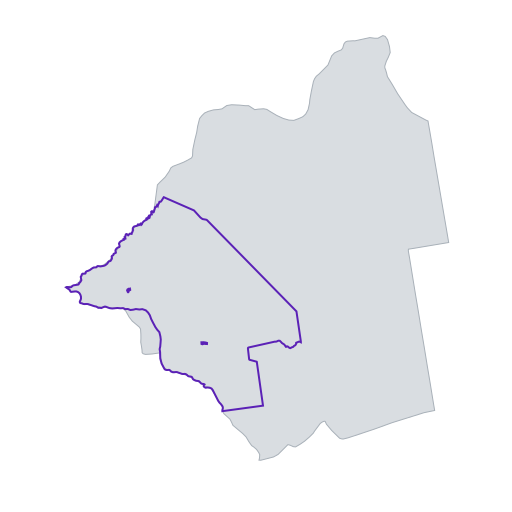 Central on a map of Botswana (Albers equal-area conic projection), rotated 173°
{"feature_id": "BWA-2630", "entity_name": "Central", "entity_type": "District", "adm_level": 1, "iso_a3": "BWA", "parent_name": "Botswana", "parent_adm1": "", "projection": "albers", "projection_center": [27.183, -21.474], "detail": "fine", "context": "in_parent", "style": "outline", "palette": "violet", "viewbox_px": 512, "rotation_deg": 173, "n_neighbors": 0, "source": "natural_earth", "source_scale": "10m", "svg_char_len": 7912}
<svg xmlns="http://www.w3.org/2000/svg" viewBox="0 0 512 512"><g transform="rotate(173 256 256)"><path d="M277.9,53.0L277.1,55.2L276.5,58.4L277.3,60.7L279.0,63.9L281.5,66.7L283.4,68.3L285.6,72.4L287.9,77.6L290.9,81.5L299.5,90.7L300.5,93.9L301.7,97.2L307.1,103.4L307.9,105.5L307.6,109.8L313.2,122.5L316.9,130.0L319.9,131.3L329.7,139.2L338.3,145.6L348.2,149.9L355.5,152.7L359.1,154.8L360.9,156.8L362.4,160.6L363.1,167.3L363.4,171.6L371.2,171.4L377.7,171.8L379.9,172.7L380.8,173.9L380.6,176.7L380.7,181.0L380.9,184.4L380.3,188.0L379.8,192.3L379.5,197.6L380.5,199.7L386.7,206.4L389.3,210.7L392.0,217.3L393.6,219.4L394.9,220.2L400.5,221.0L414.9,223.9L423.8,226.4L430.9,229.1L433.8,229.8L435.2,230.5L435.7,231.2L434.7,236.9L435.0,238.7L435.8,240.4L437.0,241.7L438.4,242.5L443.8,243.2L446.9,246.7L448.9,248.3L439.3,249.1L434.5,251.9L431.6,257.0L427.2,260.8L421.3,263.2L415.0,264.8L408.4,265.6L401.4,270.0L393.9,278.0L390.0,283.0L389.9,285.1L388.2,286.8L385.0,288.3L383.2,290.1L382.8,292.3L381.1,293.3L378.1,293.2L376.0,294.7L374.8,297.9L372.2,299.8L368.1,300.5L364.6,302.3L361.7,305.2L359.4,306.7L357.8,306.8L355.4,309.1L351.4,314.8L350.7,317.4L345.2,338.6L342.2,341.1L336.5,345.4L331.8,350.7L329.8,353.8L327.6,355.1L316.8,357.8L312.9,359.2L308.0,361.2L306.8,363.0L305.7,369.5L302.5,378.9L299.8,385.9L298.1,391.9L295.2,399.4L292.6,401.9L289.6,404.2L285.7,405.4L280.4,406.2L275.6,406.0L271.8,406.2L266.7,408.9L261.8,409.1L254.1,407.8L247.8,406.4L245.0,406.1L239.4,401.4L235.9,401.5L230.5,401.2L227.4,400.2L224.5,397.8L218.3,393.0L212.2,389.2L206.8,386.9L201.9,386.0L197.2,387.1L193.5,388.2L192.1,388.8L189.3,390.9L186.5,394.8L184.3,401.0L183.5,404.7L181.0,412.7L177.7,422.3L176.1,425.0L174.2,427.1L171.2,429.0L161.3,436.8L156.5,445.4L153.4,448.0L149.6,449.3L146.4,450.1L144.7,451.6L142.8,455.9L141.2,457.5L139.2,458.1L133.5,457.8L131.6,457.5L116.4,458.9L111.7,457.7L108.4,457.3L103.2,459.3L101.0,458.2L99.1,454.7L98.0,447.6L98.0,441.6L100.6,436.9L102.9,433.4L105.0,428.9L105.2,427.0L104.7,425.2L104.1,421.6L103.7,418.0L100.0,410.0L95.5,399.5L89.5,387.8L87.7,384.6L84.0,379.5L70.8,370.2L68.8,369.0L68.8,367.9L68.3,358.3L67.7,345.6L67.2,332.9L66.6,320.2L66.0,307.5L65.4,294.8L64.8,282.1L64.2,269.4L63.6,256.7L63.1,245.9L72.4,245.5L84.0,245.0L97.8,244.4L103.9,244.2L104.2,242.5L103.8,234.6L103.1,216.5L102.4,198.4L101.6,180.3L100.9,162.2L100.1,144.1L99.4,126.0L98.6,107.9L97.9,89.9L97.5,80.9L108.4,80.0L120.9,77.7L141.1,74.0L159.9,69.7L172.2,67.2L186.8,64.3L191.8,63.7L193.2,64.0L195.2,64.9L202.2,73.7L206.6,80.5L207.5,83.4L208.4,83.7L210.3,83.2L212.6,82.0L219.3,75.0L220.7,73.2L225.1,69.8L230.3,66.3L235.1,63.8L240.0,61.7L242.2,62.2L244.9,63.9L247.3,64.9L258.2,56.4L263.1,54.4L276.1,52.7L277.9,53.0Z" fill="#d9dde1" stroke="#a8b0b8" stroke-width="1"/><path d="M308.3,106.1L308.2,107.1L307.5,108.8L307.4,109.7L307.5,110.7L307.9,111.6L308.9,113.3L310.2,115.0L311.2,116.9L315.3,128.3L316.3,129.9L318.0,130.9L319.9,131.4L322.1,131.4L322.5,131.7L323.0,132.0L323.3,132.3L323.7,132.9L323.8,133.2L323.5,134.2L323.2,134.7L322.9,134.9L323.4,135.3L323.8,135.4L325.0,135.7L326.0,136.2L327.2,137.9L327.9,138.7L328.7,139.0L330.4,139.4L331.2,139.7L332.9,140.8L333.6,141.5L333.9,142.4L334.2,143.4L334.8,144.0L335.6,144.3L337.5,144.8L338.1,145.2L338.2,145.3L338.5,145.7L339.1,146.5L339.8,147.1L340.5,147.5L341.3,147.7L342.3,147.7L343.8,148.0L348.6,150.4L350.1,150.6L351.5,150.6L352.8,150.8L354.2,151.5L354.6,152.0L355.3,153.0L355.8,153.4L356.3,153.6L356.7,153.6L357.1,153.6L357.6,153.6L358.5,153.7L359.4,154.0L360.1,154.4L360.7,155.2L362.8,160.7L363.5,165.9L362.9,172.3L363.0,175.3L362.1,177.8L361.3,181.6L360.7,184.7L360.7,187.8L361.2,192.2L363.0,194.8L364.5,197.6L366.2,202.0L367.7,206.1L368.6,210.1L370.0,213.0L372.0,215.5L375.3,217.1L378.2,217.1L381.7,218.0L384.3,217.7L387.2,217.7L389.6,219.0L392.6,219.3L393.1,219.8L393.7,220.2L394.4,220.5L396.8,220.6L399.9,221.3L404.8,221.4L406.3,221.7L407.9,222.2L411.3,224.0L412.2,224.2L412.9,224.1L413.5,223.9L415.0,223.5L415.4,223.3L415.9,223.2L417.2,223.6L418.4,223.7L419.0,223.9L420.6,225.2L422.4,225.8L428.5,228.7L429.7,229.0L432.2,229.2L433.4,229.5L434.1,230.0L435.8,230.6L436.4,231.1L436.5,232.0L436.0,233.0L435.3,234.1L434.9,235.0L434.7,236.9L435.0,238.8L435.7,240.5L436.9,241.8L438.5,242.7L440.0,242.9L443.9,242.9L444.1,243.0L444.5,243.5L444.7,243.9L445.0,244.8L445.2,245.2L448.3,248.0L447.6,248.3L446.4,248.1L444.2,247.6L443.1,247.7L442.3,248.3L441.6,248.8L440.9,249.1L435.9,249.3L435.5,249.5L434.7,250.7L434.7,250.9L434.0,251.2L433.2,252.0L432.3,253.3L432.5,256.4L432.4,256.9L431.9,257.3L431.0,259.1L430.2,259.6L428.5,259.4L427.5,259.4L427.1,260.0L426.9,260.9L426.3,261.3L425.5,261.6L424.6,261.7L422.8,262.2L419.8,263.9L418.4,264.4L417.3,264.3L416.5,264.2L415.7,264.3L414.9,265.1L414.2,265.3L411.6,264.6L408.2,264.8L406.7,265.2L405.2,266.1L404.5,266.6L403.0,268.4L402.6,268.6L401.6,268.7L401.2,268.8L400.8,269.0L399.5,270.7L399.3,271.1L399.2,271.7L399.3,272.2L399.4,272.6L399.4,272.9L399.1,273.5L398.7,273.8L398.3,274.0L397.9,274.1L397.6,274.3L397.4,274.5L397.1,275.2L397.0,275.5L396.4,275.7L395.4,276.0L394.7,276.3L394.6,276.8L394.9,277.8L394.8,278.8L394.2,279.7L393.6,280.3L393.1,280.7L392.3,281.1L391.4,281.4L390.6,281.5L390.2,282.0L390.2,283.0L390.5,284.9L389.8,286.1L388.4,287.1L386.7,287.8L385.2,288.2L385.4,289.0L384.8,289.2L383.9,289.2L383.5,289.1L383.4,289.4L383.5,289.8L383.6,290.1L383.7,290.3L383.8,290.4L384.0,290.6L384.1,290.8L383.9,290.9L383.5,291.2L383.4,291.2L382.8,292.9L382.6,293.3L382.0,293.6L381.5,293.4L380.4,292.1L378.7,293.4L378.3,293.6L377.7,293.4L377.1,293.1L376.7,293.1L376.3,294.4L375.5,295.2L375.4,295.9L375.3,296.1L375.2,296.4L375.1,296.6L374.9,296.7L374.8,296.8L374.9,297.1L375.0,297.4L375.1,297.7L374.8,298.7L374.2,299.5L373.4,300.1L372.5,300.3L370.8,300.4L370.3,300.6L369.9,301.0L369.6,301.5L369.2,301.8L368.6,301.5L368.9,300.9L368.6,300.8L368.0,301.0L367.5,301.2L367.4,301.5L367.0,302.0L366.6,302.2L366.1,300.9L365.5,301.3L364.6,302.9L363.9,303.5L363.2,304.1L361.6,304.9L360.1,305.3L359.7,305.8L360.2,306.7L359.8,306.9L359.5,306.9L359.2,306.7L358.9,306.4L358.8,306.6L358.5,307.0L358.3,307.3L357.9,306.9L357.5,306.7L357.1,306.8L356.9,307.1L357.1,307.7L357.4,308.0L357.6,308.3L357.4,308.8L356.9,308.5L356.5,308.5L356.1,308.9L355.8,309.4L356.1,309.4L355.3,309.9L355.1,310.2L354.9,310.6L354.7,310.4L354.4,310.3L354.5,311.2L354.7,312.0L354.7,312.6L354.1,313.1L353.4,313.0L353.1,312.5L352.9,312.0L352.4,311.8L352.1,312.1L351.3,314.0L350.6,315.4L350.3,316.2L350.4,316.6L350.2,316.7L349.4,316.8L348.9,317.2L348.0,318.5L347.9,318.3L347.5,317.8L347.4,317.6L347.1,318.4L346.7,319.1L345.8,320.4L345.6,320.7L345.4,321.4L345.2,321.6L344.9,321.6L344.1,321.5L343.8,321.6L342.8,322.6L340.9,325.0L340.7,325.3L340.4,325.6L312.0,308.8L306.5,301.0L304.6,299.2L301.0,298.1L300.5,297.8L300.2,297.5L288.1,281.7L222.6,196.1L221.9,165.8L222.0,164.9L223.1,165.6L223.7,165.8L224.1,165.7L226.7,165.0L226.8,164.8L226.7,164.5L226.7,164.2L227.6,162.9L227.9,162.6L228.3,162.5L228.8,162.3L229.3,162.1L230.0,161.4L230.4,161.2L232.0,160.9L232.5,160.6L232.9,160.4L233.3,160.4L233.9,160.7L234.4,161.1L235.5,162.3L236.3,162.6L236.9,162.2L237.4,162.2L238.6,164.5L239.2,165.1L240.8,166.4L242.0,168.1L242.7,168.9L243.7,169.2L244.5,169.1L246.0,168.6L246.9,168.6L247.5,168.6L247.9,168.7L274.5,166.1L275.0,165.9L275.2,165.5L275.3,164.9L275.4,154.6L275.3,154.1L275.1,153.8L268.2,151.0L268.1,150.9L267.3,106.6L267.7,106.6L308.3,106.1L308.3,106.1ZM318.3,175.2L316.1,174.7L315.4,174.6L315.2,175.7L316.3,176.2L318.5,176.8L320.7,177.0L320.8,175.3L319.9,174.9L318.9,175.1L318.3,175.2ZM386.5,239.0L386.8,238.9L387.2,238.6L387.7,238.4L387.9,238.0L388.0,237.6L388.1,237.4L387.7,237.0L387.7,236.6L387.8,236.3L387.6,235.8L387.4,235.6L387.0,235.8L386.8,236.2L386.8,236.5L386.5,236.9L386.5,237.3L386.0,237.5L385.8,237.5L385.5,237.4L385.0,237.6L385.0,237.8L385.1,238.0L385.0,238.5L385.1,238.8L385.1,239.0L385.6,238.9L385.9,238.7L386.2,238.7L386.5,239.0Z" fill="none" stroke="#5b21b6" stroke-width="2"/></g></svg>